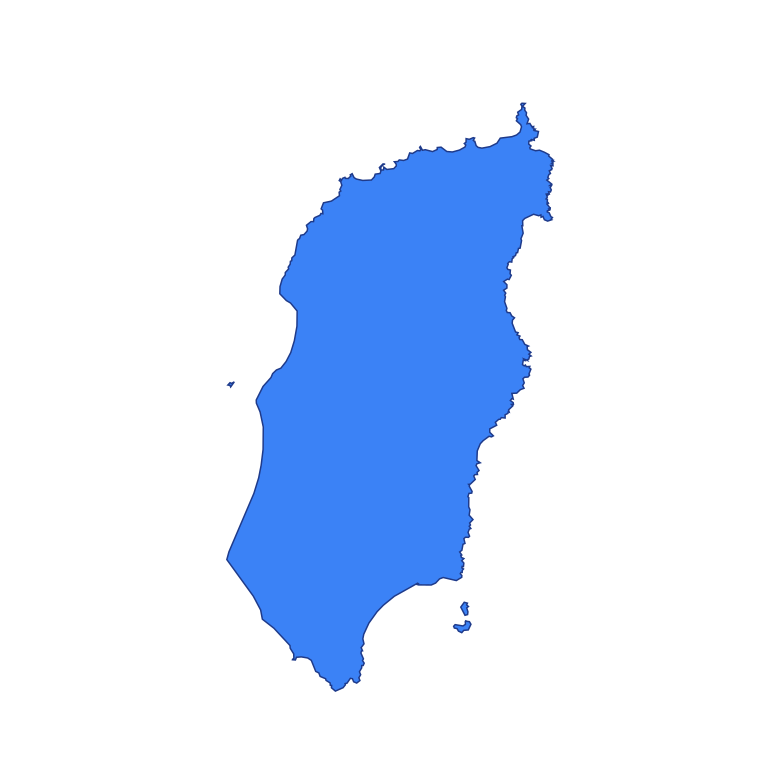 King Island, Tasmania, Australia (Robinson projection), rotated 196°
{"feature_id": "25037944B96070195853153", "entity_name": "King Island", "entity_type": "district", "adm_level": 2, "iso_a3": "AUS", "parent_name": "Australia", "parent_adm1": "Tasmania", "projection": "robinson", "projection_center": [143.932, -39.872], "detail": "fine", "context": "isolated", "style": "filled", "palette": "blue", "viewbox_px": 768, "rotation_deg": 196, "n_neighbors": 0, "source": "geoboundaries", "source_scale": "gbopen_adm2", "svg_char_len": 6133}
<svg xmlns="http://www.w3.org/2000/svg" viewBox="0 0 768 768"><g transform="rotate(196 384 384)"><path d="M263.4,259.2L260.5,259.9L259.8,261.3L262.3,264.5L262.0,268.0L260.7,269.0L262.9,270.8L262.0,272.3L263.4,273.9L261.1,278.2L266.0,281.4L266.7,286.8L268.7,289.2L271.2,298.2L272.3,298.8L272.2,302.3L269.6,303.3L269.7,305.0L273.9,309.2L274.0,311.0L274.5,310.7L274.9,310.9L273.4,311.6L270.0,317.4L272.4,320.3L271.7,321.9L269.2,322.8L270.2,324.7L268.8,327.0L273.0,330.9L272.7,333.0L269.8,334.8L273.6,336.0L275.9,345.4L275.0,353.1L273.0,357.0L268.6,362.7L266.1,362.8L264.6,364.3L269.0,366.7L270.0,370.0L264.3,375.4L266.4,377.9L264.0,381.6L262.5,382.2L262.0,384.0L258.2,384.7L259.1,387.8L256.8,389.9L256.9,391.6L255.9,391.5L257.1,393.5L254.1,398.6L255.8,399.5L254.0,400.2L254.7,401.7L258.0,402.9L257.1,405.2L255.6,405.1L258.5,410.2L253.9,411.8L251.4,416.1L248.2,418.5L250.3,420.7L249.5,423.7L251.9,427.3L250.8,429.2L247.5,430.4L246.5,432.6L247.4,433.6L246.9,438.8L248.8,439.5L248.7,441.1L252.0,439.9L253.3,441.2L254.2,440.1L256.2,440.8L256.7,445.3L255.1,445.4L256.5,446.6L252.6,446.2L253.2,446.7L251.7,447.8L251.7,450.6L250.3,451.5L253.0,452.6L251.5,454.9L255.6,456.5L256.7,459.4L255.6,460.3L259.6,460.9L263.3,464.7L265.8,464.2L266.9,465.7L266.5,467.5L269.8,467.9L269.2,470.3L271.9,470.3L277.5,477.7L278.1,480.8L276.8,483.6L280.0,484.7L282.5,487.3L285.2,486.7L286.7,488.3L286.7,490.6L290.8,496.4L291.3,501.3L292.5,502.7L292.0,504.9L294.9,507.1L292.3,510.1L293.2,513.3L297.2,515.5L294.3,518.8L292.5,518.9L291.6,523.6L293.2,524.7L293.9,528.4L296.6,528.3L297.9,529.6L297.6,533.3L298.3,533.9L297.2,536.1L294.8,536.4L295.3,539.8L294.2,541.2L295.0,541.8L293.0,543.7L293.0,546.7L291.8,547.1L292.1,551.4L290.6,552.1L291.3,559.8L292.4,561.3L291.8,567.3L295.1,574.1L294.2,574.4L295.8,579.2L294.3,582.0L287.0,588.4L281.6,588.4L279.8,589.8L279.0,587.6L277.4,588.9L275.1,586.1L271.6,585.7L268.1,588.1L268.8,588.3L268.0,590.5L269.6,590.8L272.4,594.1L274.5,594.4L274.7,595.6L272.8,596.8L273.7,597.6L272.5,597.9L272.7,598.9L273.5,598.3L273.5,599.4L276.7,601.7L276.0,602.7L277.4,602.6L276.5,602.9L275.9,604.0L277.1,603.1L277.8,606.5L279.2,606.6L278.5,608.7L280.1,610.8L278.7,610.6L278.0,611.5L278.8,611.9L277.5,612.2L278.8,614.2L276.9,614.5L276.7,616.7L278.4,618.6L277.7,621.0L279.2,620.6L277.9,622.4L283.7,624.9L282.2,626.9L283.5,627.8L283.2,630.9L282.0,632.2L283.9,634.5L281.4,636.7L282.3,636.3L281.8,637.4L284.0,639.9L281.7,640.3L282.3,642.0L283.5,642.0L282.6,643.0L283.7,644.0L283.3,643.8L282.8,644.2L283.5,644.1L283.0,645.4L284.2,645.0L283.8,646.4L288.5,648.5L288.6,649.9L293.7,651.0L299.0,651.6L302.6,650.0L308.3,650.3L309.0,651.4L308.3,653.3L311.0,654.5L311.7,657.3L308.5,658.9L310.1,658.9L309.6,659.7L306.7,659.7L307.4,661.5L304.7,663.6L305.1,669.3L309.2,669.1L308.9,670.5L310.1,669.7L310.3,671.2L311.8,671.3L311.3,672.7L312.9,672.2L315.6,674.7L318.3,673.6L318.0,678.5L321.4,681.4L321.8,684.1L324.2,686.0L324.6,688.1L326.7,688.9L327.8,688.3L327.4,685.9L330.4,682.1L328.8,679.8L330.3,678.2L330.2,676.4L328.8,675.8L329.3,673.5L324.1,671.0L322.7,669.1L322.7,663.7L325.2,659.9L329.2,657.0L340.0,652.4L341.8,646.6L347.5,641.4L354.9,637.7L358.8,637.4L361.1,638.5L363.5,642.2L364.4,641.7L364.0,642.3L365.3,642.8L364.7,645.4L366.1,645.4L369.5,642.7L372.7,642.5L371.8,639.1L373.1,637.3L371.3,636.3L371.5,634.1L375.9,629.7L382.2,625.9L387.7,624.8L394.4,627.4L398.0,626.0L397.5,624.1L401.4,620.8L408.9,620.6L411.4,619.3L414.5,622.4L415.0,621.3L413.2,619.3L413.8,618.0L416.2,617.7L420.1,613.5L423.0,613.2L423.4,606.7L426.7,604.3L431.1,603.6L432.0,601.7L435.3,600.5L432.9,598.7L432.3,597.0L434.0,593.7L440.4,591.0L443.9,592.4L443.5,589.6L445.8,588.8L446.9,591.2L444.9,595.1L443.5,595.7L445.6,595.3L448.1,590.8L445.7,587.9L445.8,585.3L450.3,583.3L450.4,580.4L452.3,576.6L460.6,573.8L467.0,573.4L469.6,574.1L472.6,577.4L474.1,575.7L473.2,574.8L475.0,571.7L477.7,571.0L478.5,571.9L480.6,570.2L481.0,568.1L482.7,569.1L483.1,567.2L481.5,566.7L479.3,563.4L480.0,558.8L478.7,557.6L480.0,556.0L478.7,552.7L485.0,545.3L492.1,541.5L492.7,535.0L491.0,534.2L489.7,530.8L491.6,530.6L492.1,528.5L496.2,525.1L497.0,523.8L496.5,520.7L498.9,520.0L502.3,515.2L500.2,512.1L500.1,509.7L502.1,505.6L505.0,504.1L505.3,500.4L506.2,499.5L506.7,498.3L505.2,483.4L507.3,479.9L506.7,477.1L507.8,476.1L507.2,473.3L508.3,469.9L507.4,468.4L509.6,464.0L509.0,461.5L510.8,456.8L510.8,449.0L509.0,442.0L500.9,437.3L496.2,436.1L487.6,430.2L483.6,415.5L482.1,400.8L482.3,388.5L484.3,378.6L487.5,370.8L491.3,367.8L493.9,363.3L494.4,359.1L499.6,348.3L502.4,333.4L501.4,330.4L495.4,323.0L488.2,309.4L482.2,287.8L479.7,272.1L478.6,259.3L478.9,243.0L486.8,179.9L486.7,171.9L451.2,144.1L440.3,132.8L436.1,124.4L422.5,118.9L402.3,106.7L401.3,104.1L396.4,99.7L395.0,95.4L396.0,94.2L396.0,93.7L393.1,94.3L392.8,97.2L388.2,98.9L381.8,99.6L377.7,98.3L370.4,88.9L367.0,88.3L364.8,85.3L358.9,84.6L358.0,83.1L353.4,81.8L352.6,79.6L351.3,79.8L350.8,77.5L346.1,75.4L339.6,80.8L338.2,84.2L338.8,85.3L337.1,86.2L335.2,91.8L333.1,92.0L331.1,89.4L327.8,89.0L325.4,92.3L327.2,94.7L326.3,98.1L328.3,100.6L327.2,104.9L327.8,107.2L326.4,107.7L326.1,110.2L328.4,112.2L328.0,114.1L332.0,119.0L332.1,121.1L331.1,121.6L333.3,124.3L331.6,128.7L334.1,133.2L334.5,137.9L332.6,150.1L327.9,163.2L323.7,171.1L315.6,182.8L296.8,201.8L295.9,201.5L296.6,200.4L295.5,200.4L283.2,203.8L279.5,206.9L276.9,212.0L273.8,214.3L260.3,215.0L256.0,219.6L256.4,221.4L258.4,222.6L258.1,224.1L256.9,224.4L257.4,226.4L256.6,228.1L258.5,228.7L258.6,230.2L257.3,230.4L257.9,233.9L260.6,235.6L259.1,238.2L261.8,238.6L262.9,240.4L262.1,241.1L265.0,243.4L263.3,245.6L263.9,251.7L262.2,253.1L264.6,257.4L263.4,259.2ZM234.2,177.0L236.4,179.1L239.9,178.6L239.9,179.5L240.4,178.2L239.5,175.4L241.4,173.2L249.3,172.3L250.3,170.3L249.1,168.8L246.4,169.0L244.3,167.0L240.7,166.4L239.4,169.2L235.2,170.8L234.2,177.0ZM248.7,190.7L242.4,184.0L240.1,185.4L240.5,188.1L242.8,191.6L241.5,193.4L243.7,194.4L243.4,196.3L246.7,196.3L248.7,190.7ZM530.6,338.9L529.7,341.4L528.5,344.8L530.6,342.6L532.4,342.8L533.8,340.0L531.6,340.2L530.6,338.9ZM328.8,691.9L329.6,690.6L327.6,688.6L325.6,692.6L328.8,691.9Z" fill="#3b82f6" stroke="#1e3a8a" stroke-width="1.5"/></g></svg>